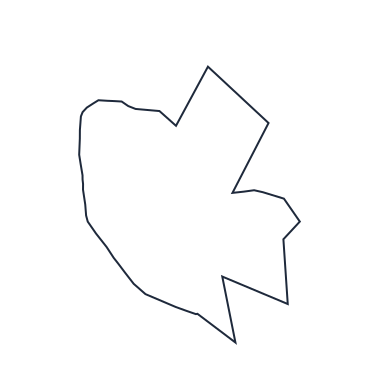 Mederdra, Trarza, Mauritania, rotated 113°
{"feature_id": "47542326B59245352565920", "entity_name": "Mederdra", "entity_type": "district", "adm_level": 2, "iso_a3": "MRT", "parent_name": "Mauritania", "parent_adm1": "Trarza", "projection": "natural_earth1", "projection_center": [-15.699, 17.141], "detail": "fine", "context": "isolated", "style": "outline", "palette": "slate", "viewbox_px": 384, "rotation_deg": 113, "n_neighbors": 0, "source": "geoboundaries", "source_scale": "gbopen_adm2", "svg_char_len": 723}
<svg xmlns="http://www.w3.org/2000/svg" viewBox="0 0 384 384"><g transform="rotate(113 192 192)"><path d="M313.6,93.2L258.0,131.1L257.7,60.1L199.8,89.4L177.1,81.2L162.2,104.8L164.5,126.7L166.1,135.5L171.4,144.4L177.0,154.4L98.6,148.5L70.4,226.3L137.3,232.6L130.2,253.6L137.6,276.4L137.8,284.3L136.2,292.1L138.7,299.1L141.2,305.8L144.1,314.0L148.9,317.4L155.4,321.8L161.2,323.9L165.8,323.8L178.8,319.4L186.7,316.1L201.8,310.4L209.5,305.6L219.4,299.3L223.3,297.6L227.2,295.4L232.5,293.2L245.2,285.4L255.0,280.3L260.0,276.4L267.7,264.2L276.0,249.1L283.3,238.2L286.7,232.0L292.3,222.3L299.3,209.8L304.2,194.9L304.2,162.0L303.6,151.1L302.9,140.7L302.0,139.4L313.6,93.2Z" fill="none" stroke="#1e293b" stroke-width="2"/></g></svg>